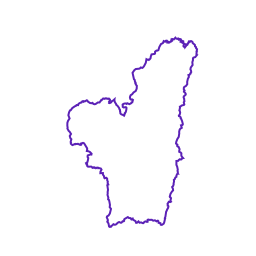 outline of Suan Phueng, Ratchaburi, Thailand, rotated 195°
{"feature_id": "78962969B47422412766823", "entity_name": "Suan Phueng", "entity_type": "district", "adm_level": 2, "iso_a3": "THA", "parent_name": "Thailand", "parent_adm1": "Ratchaburi", "projection": "robinson", "projection_center": [99.327, 13.539], "detail": "fine", "context": "isolated", "style": "outline", "palette": "violet", "viewbox_px": 256, "rotation_deg": 195, "n_neighbors": 0, "source": "geoboundaries", "source_scale": "gbopen_adm2", "svg_char_len": 5763}
<svg xmlns="http://www.w3.org/2000/svg" viewBox="0 0 256 256"><g transform="rotate(195 128 128)"><path d="M182.1,138.3L182.1,137.2L183.7,136.8L184.1,135.8L185.0,135.2L187.0,132.8L187.9,130.4L188.6,130.0L189.0,127.9L188.9,124.9L186.9,122.1L187.8,119.3L187.9,117.3L187.2,114.5L186.4,112.7L186.4,111.8L184.6,109.9L183.3,109.2L181.5,107.5L182.2,105.2L180.9,103.1L179.8,102.5L179.8,99.7L179.3,99.2L179.4,98.7L179.1,98.0L177.3,97.1L176.0,98.0L175.6,98.6L174.8,98.6L174.5,99.1L173.0,99.3L172.3,99.8L170.1,99.3L169.1,99.5L168.9,99.8L169.6,100.3L169.6,100.7L167.6,102.0L166.4,101.8L162.2,97.8L161.9,96.7L161.8,95.1L160.2,95.3L158.4,94.9L156.5,93.7L156.5,92.9L157.1,92.9L159.8,91.1L159.6,89.6L158.6,88.7L158.4,86.4L158.4,84.5L159.3,83.4L158.9,83.2L159.0,82.8L158.2,82.7L158.0,82.2L158.2,81.7L157.6,81.2L157.4,80.6L156.5,80.3L153.5,81.2L152.1,80.7L151.9,80.3L151.5,80.4L151.0,81.1L150.1,80.9L150.0,81.2L149.4,81.0L148.6,81.3L148.4,81.0L147.4,81.8L146.6,81.9L146.3,81.5L145.8,81.8L143.7,81.8L142.8,80.9L143.3,78.7L143.0,77.2L140.6,78.0L140.1,76.4L138.9,75.5L138.0,73.7L137.5,73.4L136.3,74.3L135.1,73.8L134.5,72.0L133.6,71.0L133.5,69.7L132.5,68.4L133.1,68.1L133.2,67.3L132.8,66.9L132.7,66.3L131.3,63.1L131.1,60.8L130.7,59.8L130.5,58.1L129.0,55.7L128.7,53.9L127.7,53.5L126.9,52.0L125.5,49.0L125.2,46.8L123.5,45.5L123.4,40.7L124.1,38.5L125.4,37.1L125.4,36.2L123.8,34.2L123.4,33.0L123.8,32.4L123.5,31.8L122.2,30.9L120.8,28.0L120.2,27.7L118.9,28.2L118.8,29.2L118.0,29.7L117.2,31.3L115.9,31.1L115.3,31.3L114.4,32.0L113.5,33.7L112.5,34.7L111.9,34.9L110.8,34.6L110.1,34.7L109.6,35.2L109.1,36.5L108.1,36.7L107.7,37.2L108.0,38.7L107.8,39.2L105.1,41.9L103.8,41.3L102.3,41.6L101.1,40.6L100.3,41.7L100.0,41.8L99.6,40.8L96.7,40.0L95.6,38.5L94.9,38.7L93.7,40.5L92.4,39.5L90.9,40.2L89.2,39.9L88.5,40.1L87.8,41.7L86.7,42.4L85.4,42.2L84.8,42.5L85.3,44.3L84.8,44.8L83.5,44.8L81.3,45.5L79.7,45.0L78.1,45.8L76.3,45.2L75.5,46.1L75.1,46.2L74.5,45.8L73.9,44.3L72.1,44.5L71.4,43.1L71.0,43.0L70.2,43.2L68.8,44.8L68.6,46.1L68.7,49.3L68.9,49.7L68.7,50.2L69.1,50.6L68.9,51.9L69.5,57.1L69.2,58.1L69.1,59.6L68.7,60.5L68.6,62.1L68.7,62.9L69.2,63.4L69.6,63.4L69.7,64.1L70.2,64.9L69.5,67.3L68.0,67.4L67.4,68.0L68.2,68.7L68.3,71.4L69.0,72.0L69.5,72.0L69.9,72.5L69.9,75.4L69.1,78.0L68.3,79.4L68.8,80.8L70.1,82.4L69.4,83.7L69.3,85.3L69.6,86.1L69.7,88.3L70.3,89.8L69.6,90.7L69.5,92.3L68.6,93.4L68.9,94.4L68.7,96.0L68.3,96.7L67.9,96.8L68.3,97.2L68.4,98.3L69.1,99.4L69.1,100.6L70.5,103.4L71.7,104.9L72.7,108.7L71.0,109.3L70.6,110.4L69.8,111.3L68.7,111.2L68.2,111.6L67.8,112.8L67.0,113.2L68.8,114.4L69.5,115.5L69.9,117.4L70.8,118.0L72.3,118.2L72.6,119.0L72.7,120.9L74.3,122.9L75.3,123.0L75.9,123.4L76.0,124.7L77.6,125.4L77.8,127.1L77.5,130.1L76.7,132.5L77.1,136.1L77.6,137.5L77.7,139.6L77.3,140.8L76.1,142.1L77.5,144.3L76.2,145.0L76.0,145.9L77.5,148.6L79.0,150.6L79.6,150.9L79.8,151.9L81.0,152.6L81.9,152.7L82.1,153.1L81.5,154.7L81.6,156.4L82.5,158.0L82.9,158.2L83.0,160.9L83.4,162.0L83.0,162.2L82.0,163.6L79.9,164.8L79.7,165.3L80.8,167.3L80.4,168.5L81.1,169.9L81.2,170.6L82.2,171.9L82.3,172.9L80.9,175.2L81.2,176.1L82.1,176.9L83.4,177.5L83.5,178.0L83.1,178.9L84.2,179.9L84.5,181.6L84.2,182.3L82.9,183.6L82.1,185.6L82.8,188.0L82.9,191.1L82.4,193.1L83.3,194.8L82.4,195.2L82.2,196.1L81.6,196.8L81.8,197.6L81.4,198.4L82.1,199.9L82.9,200.8L83.0,202.7L81.9,205.6L82.9,208.2L82.8,210.2L83.3,212.2L83.0,212.9L81.4,213.9L80.3,216.4L80.7,216.5L81.1,217.1L81.1,218.3L81.6,219.3L81.3,220.1L81.6,220.5L81.7,222.0L82.9,222.7L83.2,223.7L84.4,224.2L84.9,225.6L87.5,226.8L88.0,227.8L89.2,228.3L90.0,228.1L90.4,227.4L91.5,227.6L91.7,227.3L91.4,226.3L91.9,225.9L91.9,224.9L92.4,224.6L92.3,223.7L92.9,223.6L93.2,223.1L93.1,222.5L93.8,220.8L93.9,221.0L95.2,221.0L95.7,221.5L95.7,222.7L94.6,223.8L97.1,224.3L96.8,225.4L97.1,226.1L97.6,226.0L97.8,224.9L98.4,224.8L98.6,225.8L99.6,225.2L99.7,225.7L99.5,226.8L99.8,227.2L100.0,227.1L100.1,226.5L100.6,227.4L100.9,227.4L101.4,227.1L101.3,226.6L101.8,226.4L102.3,226.9L102.3,227.4L102.7,227.5L103.0,226.9L103.7,226.8L104.8,226.9L105.6,227.5L106.6,225.5L108.3,225.4L108.4,224.6L107.9,223.8L108.3,223.2L108.9,223.8L108.9,223.1L110.0,221.4L110.7,221.6L111.0,220.9L112.3,220.7L112.4,221.0L112.2,221.9L113.1,222.4L113.5,221.9L114.2,221.9L114.6,220.9L116.0,221.2L116.3,219.0L117.9,217.6L118.7,214.3L118.8,211.1L119.5,210.4L120.5,210.2L121.6,208.8L121.2,207.2L121.4,206.5L124.3,205.2L124.5,203.1L124.3,201.2L124.8,200.0L125.5,199.1L126.3,199.4L127.0,198.9L128.0,199.2L127.7,195.6L128.5,192.0L129.1,190.5L129.8,189.7L131.3,189.8L132.0,188.6L132.5,188.2L135.7,187.0L136.8,185.6L137.9,182.5L134.9,176.7L134.0,176.2L133.3,174.6L132.8,174.2L132.7,173.4L132.1,173.3L131.8,172.1L130.4,171.1L129.8,168.3L130.1,165.8L131.9,163.7L132.7,161.7L133.9,160.4L134.1,159.2L134.1,158.2L133.4,156.7L132.3,156.2L131.5,156.7L130.5,156.4L130.5,153.9L131.2,153.6L131.4,152.7L132.8,151.4L135.0,151.7L135.6,150.9L136.3,151.2L137.7,150.7L138.8,150.0L138.9,149.3L139.2,149.1L138.5,147.0L137.5,146.7L135.5,147.6L134.7,147.1L134.4,145.7L134.3,143.7L134.4,142.4L134.9,141.7L134.7,141.2L135.0,140.8L134.8,139.8L135.0,138.9L135.7,139.2L138.1,139.5L139.0,140.0L139.3,140.4L139.6,141.6L139.9,141.8L140.4,143.4L141.0,143.7L141.3,144.4L142.2,145.4L144.0,146.8L145.4,147.4L145.7,148.1L147.3,149.5L148.4,151.4L148.5,152.2L149.7,150.4L150.5,149.8L150.9,148.4L152.1,147.3L152.6,147.3L152.5,147.9L153.1,148.3L152.6,150.2L152.8,150.8L154.1,151.5L154.8,150.9L156.3,151.1L156.7,150.7L157.6,150.8L158.2,150.1L159.6,150.1L160.7,148.0L161.1,148.1L162.1,145.3L163.7,144.9L165.5,142.8L166.4,142.3L167.7,142.3L168.8,143.1L169.6,142.5L171.1,142.3L173.7,143.2L174.4,144.0L175.0,144.1L176.6,142.5L177.4,142.5L177.8,141.9L178.4,142.3L179.0,142.0L179.5,140.6L179.9,140.6L181.4,139.3L182.1,138.3Z" fill="none" stroke="#5b21b6" stroke-width="2"/></g></svg>